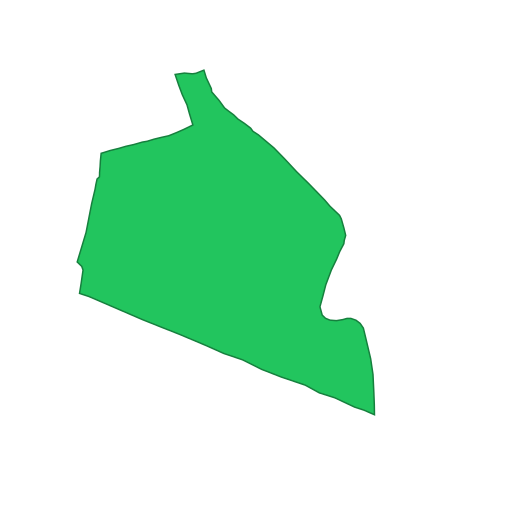 outline of Abu Al-Khaseeb, Al-Basrah, Iraq, rotated 33°
{"feature_id": "34846034B47596068894282", "entity_name": "Abu Al-Khaseeb", "entity_type": "district", "adm_level": 2, "iso_a3": "IRQ", "parent_name": "Iraq", "parent_adm1": "Al-Basrah", "projection": "robinson", "projection_center": [48.016, 30.336], "detail": "fine", "context": "isolated", "style": "filled", "palette": "green", "viewbox_px": 512, "rotation_deg": 33, "n_neighbors": 0, "source": "geoboundaries", "source_scale": "gbopen_adm2", "svg_char_len": 1409}
<svg xmlns="http://www.w3.org/2000/svg" viewBox="0 0 512 512"><g transform="rotate(33 256 256)"><path d="M303.9,176.4L291.0,174.0L283.2,171.7L260.5,166.5L244.1,163.2L229.7,159.6L228.1,159.2L212.3,155.6L192.1,153.1L185.5,153.1L181.9,151.7L174.1,151.1L166.3,151.0L160.4,149.8L153.9,149.4L149.1,149.0L140.2,145.6L129.5,142.5L127.3,139.9L117.3,133.7L111.1,128.5L106.2,135.4L103.5,137.8L96.3,141.6L90.3,146.9L89.3,147.8L98.0,154.7L106.4,160.9L115.8,166.8L122.8,173.0L131.7,180.5L126.4,189.3L122.2,195.7L117.3,202.7L112.0,208.1L106.9,213.5L102.3,219.0L98.6,222.4L96.9,224.4L92.7,229.2L87.2,234.8L82.3,240.5L76.2,247.0L71.5,252.7L70.2,254.2L73.6,260.8L76.6,266.0L79.3,271.1L80.5,273.0L81.6,274.9L80.8,278.0L82.8,283.3L84.7,287.7L89.7,301.7L100.7,328.9L107.7,352.9L109.3,358.4L115.5,359.6L118.6,362.0L124.3,374.3L128.4,383.5L137.8,381.0L173.6,374.9L195.4,371.2L214.1,367.5L234.8,363.3L262.3,358.4L282.0,355.3L301.2,350.4L322.5,348.0L343.3,343.7L367.6,337.5L383.7,336.3L399.3,332.0L421.1,329.0L430.4,326.5L437.7,325.3L441.8,324.6L436.3,316.4L429.1,306.2L418.6,291.6L408.1,279.7L392.8,265.1L385.3,258.0L380.0,255.8L374.8,255.4L369.5,256.7L366.2,258.9L363.5,262.0L358.7,266.4L353.0,269.5L348.2,270.4L343.7,269.5L337.3,263.8L333.9,253.1L330.2,242.1L326.8,226.6L325.3,214.7L323.8,206.7L323.0,197.9L321.5,194.8L320.0,189.9L314.4,184.6L307.3,178.4L303.9,176.4Z" fill="#22c55e" stroke="#15803d" stroke-width="1.5"/></g></svg>